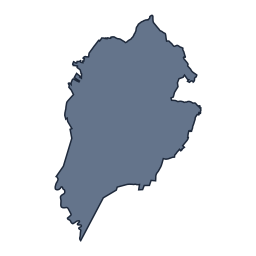 the district of Momil, Córdoba, Colombia
{"feature_id": "7082276B97277797661378", "entity_name": "Momil", "entity_type": "district", "adm_level": 2, "iso_a3": "COL", "parent_name": "Colombia", "parent_adm1": "Córdoba", "projection": "mercator", "projection_center": [-75.649, 9.257], "detail": "fine", "context": "isolated", "style": "filled", "palette": "slate", "viewbox_px": 256, "rotation_deg": 0, "n_neighbors": 0, "source": "geoboundaries", "source_scale": "gbopen_adm2", "svg_char_len": 5545}
<svg xmlns="http://www.w3.org/2000/svg" viewBox="0 0 256 256"><path d="M181.7,150.0L181.1,149.8L184.4,147.3L182.7,145.7L187.1,140.3L187.9,139.0L188.3,137.5L187.7,137.4L187.9,136.6L187.9,135.6L188.2,133.7L188.8,131.0L190.1,131.3L190.1,130.9L190.3,130.9L190.3,130.6L190.9,130.7L190.9,131.2L191.5,131.3L191.8,130.2L192.6,127.9L192.6,127.0L192.8,126.2L193.8,123.6L194.2,122.1L195.1,119.3L195.2,117.9L195.5,117.1L197.2,114.5L198.3,114.8L198.4,114.5L199.0,114.6L199.2,113.5L198.7,113.4L198.9,112.5L200.3,112.7L200.2,113.4L200.4,113.4L200.5,112.7L200.3,112.7L200.5,111.9L200.5,111.0L200.6,110.3L200.8,110.3L200.8,107.9L200.0,108.0L200.0,106.9L199.7,106.9L199.7,105.8L198.8,105.9L198.9,107.2L198.1,105.9L197.8,105.7L197.3,105.4L196.7,104.6L195.5,103.3L195.0,103.0L192.9,103.1L190.9,101.9L189.1,101.4L187.9,101.5L187.3,101.7L186.6,102.1L185.1,102.1L184.2,102.4L183.9,102.3L183.2,101.8L182.7,101.6L182.3,101.6L181.3,101.3L180.1,101.2L177.8,101.6L176.1,100.8L175.1,100.5L173.6,100.4L171.6,100.3L171.0,98.0L173.3,97.0L174.5,92.4L178.0,86.7L177.4,82.8L179.0,78.7L183.1,77.3L184.5,75.1L187.7,79.6L188.7,79.7L187.5,81.3L189.4,82.3L191.2,80.9L192.7,81.2L193.0,81.5L193.2,82.1L193.6,81.8L193.9,81.4L194.4,80.5L194.5,80.1L194.6,78.1L195.3,77.4L195.7,77.0L196.2,76.9L196.8,75.0L196.6,74.8L193.1,72.4L192.4,71.8L191.6,71.0L190.6,69.2L187.7,66.0L187.7,65.6L188.0,64.4L188.0,64.1L187.7,63.8L187.6,63.3L185.1,60.2L184.6,59.7L183.9,58.8L183.6,57.9L183.5,57.5L183.7,57.2L184.3,57.1L185.1,57.3L185.3,57.0L185.3,56.6L184.8,55.4L183.8,51.8L183.1,50.5L182.8,49.6L182.7,49.0L182.9,48.2L181.6,47.5L180.3,47.1L178.3,45.8L177.5,45.4L177.0,45.4L176.5,45.5L174.8,46.3L174.2,46.3L173.8,46.2L173.0,45.4L171.5,43.4L170.6,42.8L169.2,41.3L168.9,41.1L168.3,41.0L166.6,41.1L166.1,38.5L165.7,35.2L165.4,33.9L165.2,33.6L165.0,33.4L163.4,32.6L161.6,31.3L160.5,30.9L159.8,30.4L158.9,29.1L157.5,27.5L153.5,22.6L153.2,21.8L153.0,20.5L152.9,18.8L152.9,16.5L152.7,15.9L152.5,15.5L152.1,15.4L151.4,15.4L151.1,15.6L150.7,16.0L149.9,16.5L149.7,17.6L149.5,18.4L149.3,18.6L148.9,18.9L148.0,19.9L147.6,19.9L147.2,19.7L146.5,20.0L145.7,20.0L145.1,20.2L144.6,20.5L144.0,20.6L143.1,21.2L141.4,21.9L138.4,24.2L137.4,26.1L136.5,27.3L136.2,28.6L135.9,30.9L135.2,32.4L134.8,33.4L134.3,33.9L134.1,34.7L133.8,35.0L133.7,35.6L133.1,36.3L133.0,36.8L132.6,37.2L132.0,37.7L131.2,38.8L130.4,39.4L128.6,40.4L127.6,41.2L126.9,41.9L126.3,42.3L125.5,42.6L124.2,41.6L121.7,40.1L120.5,39.3L120.1,39.1L118.9,38.8L117.7,38.7L116.6,38.3L114.3,37.0L114.0,36.9L112.3,36.9L111.0,37.1L110.9,37.2L111.0,37.7L110.6,37.8L110.5,38.3L108.9,38.2L108.1,37.9L107.5,37.9L107.1,38.7L106.6,38.6L106.6,38.4L106.4,38.5L105.7,38.5L105.8,38.0L105.5,38.0L105.3,38.0L105.2,38.1L105.1,38.4L104.9,38.4L104.9,38.2L104.1,38.2L103.1,38.0L101.7,38.0L100.7,39.7L99.6,41.0L99.4,40.8L99.7,40.4L98.9,40.2L98.6,40.4L95.1,45.0L94.2,46.1L92.2,48.9L89.3,52.8L89.2,53.0L89.0,53.6L88.6,56.8L88.2,56.9L86.2,56.8L85.2,56.5L84.3,56.9L83.4,57.6L83.1,58.1L84.3,58.6L84.4,58.9L84.2,59.4L83.9,59.8L83.9,61.0L83.7,61.2L82.7,61.1L82.9,62.7L81.9,62.6L80.6,62.2L80.4,61.8L80.7,60.8L80.5,60.6L80.3,60.7L79.9,61.3L79.4,61.5L77.1,61.5L76.7,63.0L75.7,62.9L75.1,62.6L74.4,62.1L73.6,61.7L72.8,63.7L72.7,64.4L72.9,64.7L73.5,65.0L73.4,65.5L74.7,65.6L77.5,66.0L77.5,66.3L77.1,67.1L77.1,67.4L77.2,67.6L79.8,69.5L80.2,70.0L80.9,72.4L81.0,73.3L81.3,73.4L81.6,73.8L81.4,78.2L79.7,77.1L80.1,76.3L76.6,73.4L74.3,77.5L76.7,79.2L79.5,81.0L79.0,81.9L76.5,80.8L73.5,78.9L73.3,78.9L72.9,79.1L72.4,79.6L71.4,82.0L71.1,83.0L71.2,84.5L70.6,83.9L69.9,83.2L69.2,83.0L68.7,83.1L68.4,83.3L68.4,83.7L68.5,84.0L69.1,84.8L69.2,85.4L68.9,87.3L71.3,90.1L73.5,94.6L72.0,96.2L67.9,100.8L66.9,102.1L66.6,103.1L66.0,106.8L65.8,109.1L65.5,110.1L65.3,111.4L65.0,112.5L64.8,114.4L64.8,115.6L65.8,119.1L66.6,118.4L67.2,118.1L67.4,120.0L67.7,121.3L68.0,122.0L71.9,128.6L70.1,129.3L71.8,138.3L63.4,166.2L56.3,176.4L56.5,176.4L57.6,178.0L58.0,178.9L58.0,179.5L57.6,180.8L57.0,182.0L56.2,183.3L55.8,184.5L55.2,186.8L55.2,188.0L55.4,189.0L55.9,189.4L57.0,189.8L58.0,189.7L59.0,189.4L59.4,189.1L60.3,188.3L61.1,187.1L61.4,186.9L61.8,186.9L62.2,187.1L62.5,187.5L62.9,188.7L63.2,189.1L63.4,189.3L64.3,189.8L64.5,190.0L64.7,190.9L64.8,191.7L64.7,192.6L64.5,193.1L64.2,193.5L63.6,194.0L61.9,195.0L60.8,196.1L60.5,196.8L60.5,197.9L60.9,199.9L61.0,200.8L60.8,205.1L61.0,206.1L61.4,207.0L62.1,207.4L62.8,207.7L64.1,207.8L66.5,207.5L67.3,207.7L67.8,208.1L68.4,209.0L70.9,213.8L71.1,214.6L71.0,215.0L70.5,215.5L69.1,216.8L67.8,217.8L67.5,218.1L67.5,218.5L67.7,218.8L68.1,219.4L69.5,220.0L70.1,220.5L70.7,221.4L71.2,222.5L71.9,223.2L72.4,223.5L72.9,223.7L74.8,222.6L76.4,221.4L77.3,221.0L79.0,220.8L79.4,221.0L79.5,221.3L79.4,221.9L79.2,222.1L78.8,222.6L77.7,223.5L77.5,224.0L77.4,224.3L77.7,224.7L78.1,224.9L80.0,224.9L80.8,225.0L81.2,225.3L81.4,225.7L81.4,226.1L81.2,226.5L80.6,226.9L79.3,227.5L79.0,227.8L78.8,228.1L78.8,228.4L79.0,228.8L80.4,229.7L80.7,230.0L80.8,230.2L80.4,232.9L80.2,236.3L79.9,237.1L79.7,238.4L80.0,239.7L80.7,240.6L103.3,197.8L116.3,190.1L117.2,187.1L127.2,184.4L129.2,184.2L132.2,184.3L133.8,184.5L135.1,184.2L135.7,184.3L137.0,184.7L137.7,184.6L138.5,184.7L139.5,184.5L138.7,189.8L142.6,189.6L144.2,185.5L149.4,185.4L151.1,180.4L155.6,180.8L155.7,179.3L155.8,175.8L156.4,173.9L156.8,173.2L158.5,170.9L160.7,166.9L161.3,165.5L162.0,163.3L163.3,158.6L165.3,159.1L166.7,159.1L168.3,158.8L171.6,157.6L172.8,157.2L173.6,157.2L174.5,157.1L174.6,155.9L174.8,155.1L175.0,154.7L175.9,153.8L177.4,151.7L178.6,150.5L179.4,149.3L180.8,150.8L181.7,150.0Z" fill="#64748b" stroke="#1e293b" stroke-width="1.5"/></svg>